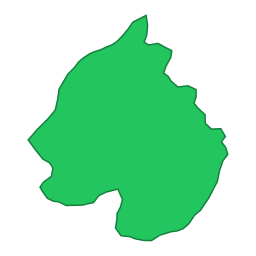 the district of Palmares Paulista, São Paulo, Brazil
{"feature_id": "56859067B79486573707853", "entity_name": "Palmares Paulista", "entity_type": "district", "adm_level": 2, "iso_a3": "BRA", "parent_name": "Brazil", "parent_adm1": "São Paulo", "projection": "albers", "projection_center": [-48.826, -21.099], "detail": "fine", "context": "isolated", "style": "filled", "palette": "green", "viewbox_px": 256, "rotation_deg": 0, "n_neighbors": 0, "source": "geoboundaries", "source_scale": "gbopen_adm2", "svg_char_len": 1161}
<svg xmlns="http://www.w3.org/2000/svg" viewBox="0 0 256 256"><path d="M225.6,147.4L221.4,141.7L225.4,136.6L220.8,128.7L211.4,129.1L205.3,123.3L205.0,114.6L197.8,108.0L194.0,103.1L196.1,96.9L196.1,89.6L187.9,85.8L177.9,87.0L171.3,81.3L168.1,76.3L163.7,73.2L166.0,66.1L170.7,57.6L171.8,50.7L166.1,47.8L158.0,43.4L148.8,45.0L144.1,42.2L146.7,35.4L147.6,25.5L146.1,15.4L139.0,19.0L132.9,22.1L128.2,28.9L122.8,35.5L117.1,41.4L112.1,44.8L106.9,46.8L100.8,49.7L94.5,51.7L89.3,54.0L82.7,58.4L78.6,62.0L74.4,67.6L67.7,74.4L63.0,82.5L59.1,89.2L57.5,100.1L55.3,109.9L48.4,118.4L36.6,130.1L32.5,135.0L28.2,139.9L35.4,149.8L42.9,159.1L49.6,162.8L53.0,168.1L51.3,176.4L43.3,182.3L40.0,187.2L43.2,192.5L47.5,198.4L53.1,201.1L58.8,201.9L66.2,205.5L82.5,205.1L87.9,203.7L93.4,202.7L98.6,195.8L105.8,192.2L117.9,189.1L122.5,199.6L120.3,207.4L117.1,213.5L116.8,220.0L115.5,228.0L121.0,235.7L130.0,236.7L135.2,238.8L143.5,240.4L151.4,240.6L160.0,235.1L171.3,231.7L177.2,230.9L183.1,228.7L188.8,223.8L194.5,215.3L200.7,210.0L204.7,203.9L208.7,198.1L212.8,190.1L217.3,181.7L219.4,171.1L222.9,160.7L227.8,154.4L225.6,147.4Z" fill="#22c55e" stroke="#15803d" stroke-width="1.5"/></svg>